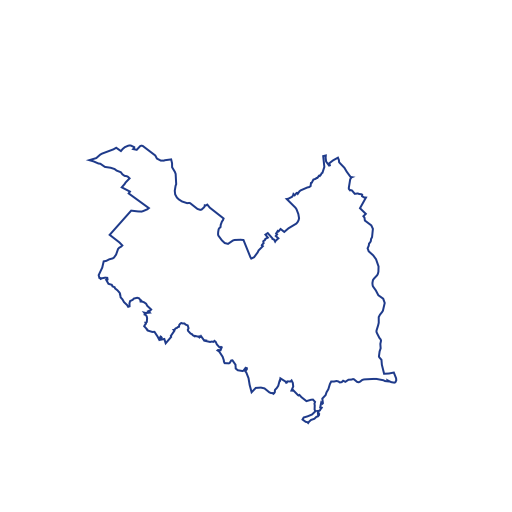 the district of Feleacu, Cluj, Romania, rotated 222°
{"feature_id": "2599482B32360737333989", "entity_name": "Feleacu", "entity_type": "district", "adm_level": 2, "iso_a3": "ROU", "parent_name": "Romania", "parent_adm1": "Cluj", "projection": "albers", "projection_center": [23.663, 46.697], "detail": "fine", "context": "isolated", "style": "outline", "palette": "blue", "viewbox_px": 512, "rotation_deg": 222, "n_neighbors": 0, "source": "geoboundaries", "source_scale": "gbopen_adm2", "svg_char_len": 6142}
<svg xmlns="http://www.w3.org/2000/svg" viewBox="0 0 512 512"><g transform="rotate(222 256 256)"><path d="M347.0,136.6L343.9,138.1L342.3,137.4L340.2,138.2L339.0,137.6L336.1,137.8L332.7,137.4L331.5,136.8L331.2,136.2L330.6,136.1L329.0,134.7L326.2,134.4L323.2,133.4L319.0,133.3L317.0,132.7L316.3,134.0L318.4,136.2L319.4,138.3L318.3,140.9L318.3,142.6L316.6,145.1L316.0,145.7L314.5,146.3L312.5,145.9L311.3,144.9L310.7,145.4L311.1,145.6L311.1,146.0L310.4,145.8L308.2,146.7L305.7,147.0L303.5,146.2L298.1,146.1L298.1,144.4L298.8,143.7L299.2,142.7L297.2,142.7L299.6,140.0L301.2,139.1L299.6,138.8L299.5,138.0L298.2,138.4L296.8,138.0L295.3,136.9L293.0,133.9L293.1,132.9L293.5,132.5L292.5,132.0L292.4,130.2L292.1,129.0L287.8,128.6L287.8,128.3L286.7,128.1L282.2,130.2L280.7,131.7L275.3,130.3L272.3,129.2L273.0,132.3L272.5,132.4L272.3,131.9L271.5,132.1L270.9,129.9L268.6,133.0L264.7,130.7L264.9,139.1L265.8,139.6L266.6,145.8L267.7,146.0L267.2,146.6L267.3,148.4L266.6,149.7L266.6,150.7L265.9,151.9L266.9,153.4L267.0,154.8L266.7,156.2L265.3,156.8L264.0,158.0L262.5,157.9L260.3,158.7L257.8,157.2L257.3,155.5L256.3,154.9L252.7,154.6L251.0,155.1L250.1,154.8L247.8,155.3L247.9,155.8L245.3,157.2L244.3,158.4L244.0,157.6L243.6,157.6L243.7,158.4L242.3,159.2L242.5,159.5L238.4,158.6L237.0,159.5L237.0,158.9L232.6,161.4L231.7,162.7L230.1,163.8L230.1,165.1L228.5,165.2L225.9,164.1L222.0,163.7L221.6,163.9L221.2,165.0L220.4,165.2L219.3,162.3L221.3,160.7L221.4,160.1L219.5,160.4L213.4,158.8L210.2,157.0L209.1,156.0L207.6,155.4L204.3,158.1L204.0,158.9L204.5,161.8L203.7,162.7L198.5,161.5L195.8,158.8L193.1,158.9L188.9,161.6L188.6,162.6L188.9,166.0L187.7,166.5L187.0,165.6L186.9,163.2L185.2,162.9L179.8,160.2L174.4,155.9L168.1,151.8L167.9,157.8L164.3,161.5L161.1,163.3L154.9,163.6L153.1,164.2L151.8,165.4L150.9,165.2L150.7,166.1L151.0,167.6L151.8,168.4L152.3,169.4L152.2,171.7L152.6,174.4L154.8,178.7L155.1,179.5L154.8,179.6L156.0,181.4L150.1,182.4L148.7,182.0L148.4,182.7L148.8,183.3L148.8,183.8L146.4,185.8L146.3,187.3L143.7,186.3L141.0,183.9L139.6,179.7L138.7,180.4L139.0,181.2L131.7,180.7L131.1,180.8L130.8,181.8L127.8,181.5L121.4,181.9L118.9,186.0L117.6,187.4L114.5,187.1L113.7,185.3L112.5,184.4L109.8,181.2L108.2,180.4L108.0,179.9L108.3,175.7L110.4,171.3L112.5,167.9L112.0,165.6L108.1,166.0L106.6,166.9L105.5,166.8L105.7,168.4L105.4,171.0L103.7,174.1L103.5,176.9L102.7,178.2L102.7,179.8L103.4,180.9L104.0,180.9L104.0,179.9L105.0,180.8L105.1,181.6L106.8,181.7L105.5,183.2L105.2,184.1L105.7,185.7L105.5,186.4L105.7,187.2L107.0,186.5L109.5,190.8L107.8,190.7L107.8,191.4L111.3,194.4L111.2,199.2L112.4,201.9L113.1,205.4L115.4,210.3L116.1,213.0L114.1,214.8L112.5,217.0L110.8,217.9L109.1,218.1L107.9,219.6L107.8,221.6L105.4,222.3L104.5,225.9L102.4,228.0L101.5,229.5L100.8,229.9L96.5,230.1L95.2,230.9L94.6,232.2L94.1,235.0L93.1,236.6L86.9,242.8L84.3,245.2L78.2,248.9L76.4,249.4L73.8,251.3L74.7,251.7L71.2,252.7L69.1,254.0L68.2,254.7L68.0,255.6L68.6,257.5L70.1,258.9L75.6,261.6L78.6,257.6L82.0,254.2L89.7,259.4L93.3,262.8L96.6,263.2L97.5,263.7L100.3,267.8L101.6,270.8L104.8,273.9L106.4,276.7L107.5,277.4L109.5,277.7L114.2,279.5L115.7,280.2L116.6,281.3L118.8,286.1L120.1,288.5L123.9,292.7L124.6,295.3L124.8,298.7L125.1,300.3L128.9,307.2L132.9,309.4L138.8,308.7L143.9,310.6L148.8,311.7L149.9,312.4L151.4,313.8L153.0,316.4L153.2,318.1L153.1,322.8L153.5,324.3L154.5,326.2L157.9,330.2L164.6,333.9L169.3,334.9L175.4,334.9L178.2,336.4L179.1,339.1L180.3,340.9L180.3,342.5L180.7,344.0L181.8,345.5L182.4,347.7L187.3,354.4L190.8,355.9L198.8,355.2L201.1,357.1L202.8,357.4L202.6,360.8L210.7,361.1L213.4,373.0L215.0,371.8L217.2,371.4L218.1,372.6L218.8,372.5L221.0,371.0L222.2,370.6L224.2,368.3L228.5,368.9L229.6,368.4L230.0,367.7L231.9,368.0L232.6,368.7L237.3,376.0L237.7,378.3L237.5,378.7L238.6,378.0L245.2,379.4L249.3,380.7L256.2,381.2L257.1,381.4L258.5,382.7L260.9,383.9L262.7,378.7L263.6,373.9L261.8,372.8L262.2,372.1L267.1,373.1L270.0,375.6L271.4,377.4L272.9,375.2L264.8,367.9L262.3,362.3L262.6,361.3L262.1,359.8L262.4,359.1L262.1,358.1L262.9,357.7L262.6,355.1L263.3,354.5L263.2,353.8L263.5,352.9L264.5,351.2L263.6,347.8L264.0,347.0L262.2,344.5L262.6,342.8L263.7,341.3L266.7,334.7L267.0,333.2L266.6,330.2L267.6,330.5L268.0,330.1L267.9,327.0L269.6,327.1L269.0,325.8L268.8,324.2L270.3,320.2L271.3,318.9L259.0,318.3L257.1,317.8L252.6,315.5L249.3,312.9L248.4,311.3L247.8,309.2L247.7,307.1L250.4,298.3L251.1,292.8L255.8,292.5L255.7,289.3L256.6,289.2L256.1,286.2L254.8,286.2L254.7,284.1L251.2,284.1L251.6,280.6L251.4,279.5L253.5,280.3L255.2,279.7L255.6,280.1L262.6,280.9L263.3,278.2L259.5,277.6L260.5,274.9L260.0,273.6L260.5,272.2L260.2,271.5L258.9,270.6L259.0,268.4L258.8,267.8L257.5,267.9L257.8,261.9L257.2,259.9L256.6,253.8L257.8,250.9L259.4,251.4L276.0,259.5L278.4,257.7L282.7,253.5L283.5,252.1L284.9,246.3L287.9,244.7L291.9,244.8L297.7,246.0L298.8,246.8L300.3,248.7L301.6,250.8L301.9,251.8L301.7,253.7L303.1,255.6L304.4,258.9L304.5,260.4L305.2,262.2L322.7,261.0L326.6,261.6L327.1,260.0L328.0,259.4L327.3,258.4L327.2,257.2L327.5,254.1L328.3,253.0L331.0,251.8L340.2,251.2L341.1,250.8L342.5,249.2L347.5,247.0L351.3,246.4L353.9,246.5L357.3,247.7L360.0,250.1L362.7,254.3L363.4,256.0L370.6,263.2L372.5,264.2L377.7,265.8L380.5,268.8L383.7,271.0L387.8,266.2L388.3,265.2L390.6,263.2L394.8,262.1L398.1,263.3L413.8,262.0L415.0,261.3L415.6,260.2L415.7,255.1L418.8,253.3L418.8,254.7L419.3,255.4L423.0,254.3L424.1,253.4L424.9,252.2L426.3,249.1L426.7,246.4L426.6,243.6L432.3,242.9L433.3,239.9L438.9,229.1L439.6,227.1L440.2,221.9L444.0,215.7L440.1,217.6L435.0,219.3L433.4,220.4L427.9,221.1L423.1,224.3L419.3,226.0L416.8,226.2L412.5,227.8L409.9,227.3L407.3,227.6L405.5,228.8L404.1,229.2L401.9,229.1L402.1,223.3L401.8,221.8L401.7,217.2L392.8,219.5L392.5,217.3L367.7,219.9L368.0,218.0L370.0,213.7L370.8,212.4L373.6,210.1L379.1,206.2L378.9,173.8L366.7,174.7L362.4,174.4L362.5,172.7L363.2,170.6L363.2,168.9L360.9,163.4L360.5,159.8L360.9,158.3L362.8,155.4L364.0,152.2L365.6,150.1L362.5,144.5L360.1,136.5L357.7,134.9L356.8,135.5L356.6,135.1L356.1,135.0L355.6,136.3L353.6,139.0L352.1,140.1L351.8,139.7L351.6,140.0L350.6,139.2L351.3,138.0L347.0,136.6Z" fill="none" stroke="#1e3a8a" stroke-width="2"/></g></svg>